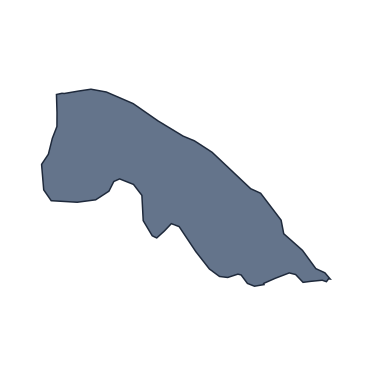 the district of Diamond/Diamond Estate, Soufrière, Saint Lucia, rotated 194°
{"feature_id": "8701671B2571810219289", "entity_name": "Diamond/Diamond Estate", "entity_type": "district", "adm_level": 2, "iso_a3": "LCA", "parent_name": "Saint Lucia", "parent_adm1": "Soufrière", "projection": "natural_earth1", "projection_center": [-61.044, 13.852], "detail": "fine", "context": "isolated", "style": "filled", "palette": "slate", "viewbox_px": 384, "rotation_deg": 194, "n_neighbors": 0, "source": "geoboundaries", "source_scale": "gbopen_adm2", "svg_char_len": 920}
<svg xmlns="http://www.w3.org/2000/svg" viewBox="0 0 384 384"><g transform="rotate(194 192 192)"><path d="M342.1,256.3L347.1,253.8L342.2,236.4L338.9,222.9L340.5,210.3L340.5,193.9L344.4,183.1L344.6,182.3L336.4,158.2L326.5,149.5L300.9,154.3L283.6,161.1L272.8,172.7L270.4,183.3L265.4,187.2L250.6,185.2L239.8,176.6L232.4,152.4L220.0,139.9L216.8,139.2L215.1,138.9L209.3,147.6L204.4,156.3L196.1,155.3L173.8,135.0L156.5,121.5L144.9,116.7L136.7,117.7L127.6,123.4L124.3,123.4L116.1,116.7L108.6,115.7L99.7,119.6L99.9,119.9L100.4,120.5L99.9,121.0L90.5,128.3L78.1,137.0L71.5,137.0L66.0,133.5L62.4,131.2L55.0,134.1L44.3,137.9L39.9,137.5L39.4,138.6L38.5,140.8L36.9,141.0L43.4,145.7L53.3,147.6L70.7,162.1L92.9,173.7L98.7,186.2L125.1,207.4L135.9,209.4L182.1,235.4L201.9,242.2L214.3,244.1L242.3,252.8L270.4,263.5L299.3,268.3L314.9,267.3L326.5,262.5L339.7,256.7L342.1,256.3Z" fill="#64748b" stroke="#1e293b" stroke-width="1.5"/></g></svg>